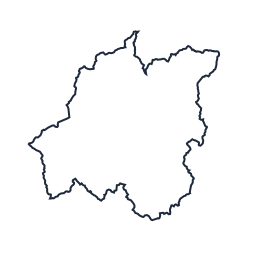 Castrovirreyna, Huancavelica, Peru (orthographic projection), rotated 172°
{"feature_id": "86281439B87306376910485", "entity_name": "Castrovirreyna", "entity_type": "district", "adm_level": 2, "iso_a3": "PER", "parent_name": "Peru", "parent_adm1": "Huancavelica", "projection": "orthographic", "projection_center": [-75.406, -13.15], "detail": "fine", "context": "isolated", "style": "outline", "palette": "slate", "viewbox_px": 256, "rotation_deg": 172, "n_neighbors": 0, "source": "geoboundaries", "source_scale": "gbopen_adm2", "svg_char_len": 5767}
<svg xmlns="http://www.w3.org/2000/svg" viewBox="0 0 256 256"><g transform="rotate(172 128 128)"><path d="M228.5,125.9L227.0,123.7L226.5,123.5L225.3,121.5L224.2,121.0L222.0,118.9L218.6,116.9L216.4,112.7L216.9,111.4L217.5,111.1L218.2,109.9L217.2,107.3L217.6,105.6L217.1,104.2L216.1,103.0L215.9,102.3L216.0,101.5L216.4,100.7L216.2,99.8L217.1,98.8L216.5,96.2L218.4,95.2L218.6,94.3L217.9,92.4L218.5,90.6L217.3,87.2L217.7,86.0L217.8,84.3L216.4,82.0L217.2,80.8L216.7,79.8L216.5,78.6L216.9,77.1L216.8,75.1L215.8,73.4L213.8,73.0L213.6,72.6L214.0,70.9L215.1,69.0L213.8,68.9L212.5,69.1L211.8,68.7L211.3,68.7L209.2,69.9L207.1,70.1L206.4,71.2L205.2,71.9L203.3,72.5L200.6,72.4L198.2,73.9L196.8,73.6L196.3,73.1L194.6,73.2L193.5,74.4L193.4,76.0L192.9,77.1L191.6,78.5L190.1,79.3L189.2,80.2L189.1,81.4L190.2,82.5L190.0,83.7L189.7,84.1L187.2,85.1L186.0,82.8L183.5,79.4L183.3,78.7L181.6,79.6L180.7,77.9L179.3,77.0L178.7,76.9L178.5,75.2L177.2,73.4L176.8,71.7L176.3,71.0L174.9,70.0L174.3,70.7L173.9,70.7L173.4,69.7L173.6,68.7L173.4,68.4L170.8,66.0L169.8,65.5L168.9,64.3L168.3,63.9L167.6,62.0L166.4,61.5L165.6,60.4L164.6,59.8L163.2,60.9L161.4,61.5L161.1,63.0L160.5,64.2L160.7,65.1L159.7,65.1L158.7,66.4L157.9,68.6L157.0,69.4L155.6,69.7L154.2,69.0L153.7,68.6L153.3,67.3L150.8,66.0L150.1,67.8L148.5,67.8L148.1,68.1L147.0,72.9L144.9,72.8L143.9,73.7L143.8,74.1L143.3,74.2L142.2,73.5L138.9,72.2L140.6,70.4L141.0,69.6L140.9,69.1L140.4,67.5L139.0,66.7L138.4,64.0L137.2,62.1L139.4,60.1L139.4,59.9L138.1,59.0L138.2,58.1L137.9,57.5L135.1,56.0L133.1,52.6L132.4,50.6L132.6,48.7L134.8,46.3L133.6,45.3L132.6,42.9L130.1,41.6L129.6,40.7L128.1,39.3L125.8,37.9L125.0,37.8L123.4,39.1L121.3,39.1L119.5,37.7L117.9,34.1L116.8,33.4L112.6,34.1L111.1,34.5L110.3,34.1L109.6,34.3L109.0,35.1L108.3,37.0L108.3,39.1L105.2,39.2L104.5,38.8L104.2,37.9L101.4,38.7L100.9,38.5L99.8,37.0L98.4,36.9L97.9,38.3L97.8,41.4L95.8,45.3L95.0,45.3L93.5,44.0L92.5,45.3L91.7,45.7L90.7,45.4L89.5,44.1L88.5,44.3L88.2,44.6L88.3,45.2L88.1,47.3L87.3,48.2L87.0,49.3L86.0,50.7L82.0,52.8L80.5,53.0L79.9,53.7L78.8,54.2L77.6,54.0L75.6,54.8L75.8,55.4L75.5,56.7L73.5,62.5L71.8,64.4L71.3,65.8L71.2,67.3L70.1,68.4L69.8,69.0L70.4,69.6L70.7,70.5L72.0,72.0L71.9,73.8L72.8,74.8L74.2,75.5L74.4,76.2L74.3,76.6L73.2,77.5L74.2,77.9L74.8,78.8L75.4,80.2L75.2,81.4L76.6,82.3L77.7,84.0L78.1,85.2L77.9,86.1L77.1,87.0L76.2,89.5L76.7,91.0L76.3,91.9L75.9,92.5L74.1,93.5L73.6,95.1L71.8,95.2L71.6,96.1L69.2,97.9L69.1,99.0L69.5,100.3L71.7,103.5L71.8,104.6L69.7,106.0L68.9,105.9L65.9,107.9L64.1,106.6L62.9,106.3L59.8,103.9L59.7,103.3L60.3,101.6L60.1,101.0L58.8,100.4L57.6,101.1L56.0,102.5L55.3,104.9L55.3,105.7L55.7,107.0L55.5,109.0L55.0,109.5L52.9,110.5L53.0,112.2L51.9,113.4L51.7,115.0L49.7,117.8L49.8,118.4L50.8,118.8L51.3,119.4L52.3,123.5L52.7,124.3L52.7,125.2L52.4,126.1L54.4,125.9L55.8,127.1L55.1,129.0L55.6,130.0L54.2,131.9L54.2,132.5L54.6,133.2L53.4,135.2L52.8,137.4L54.7,140.0L55.4,141.6L56.3,142.3L57.0,144.1L56.9,144.4L56.1,144.6L55.1,145.3L53.7,147.3L54.2,149.0L54.2,150.9L53.0,152.2L53.3,153.6L53.2,156.3L53.5,157.3L53.1,158.6L53.4,160.5L52.8,162.7L46.8,168.3L45.1,168.2L44.8,168.8L43.6,169.1L42.0,168.6L41.1,167.9L39.9,168.9L39.6,170.1L39.1,170.5L35.6,172.3L35.0,173.4L33.5,174.0L32.4,176.2L31.6,178.4L31.1,181.3L30.0,183.9L29.7,185.8L29.3,186.3L28.0,186.9L27.5,188.1L27.6,190.1L28.2,191.1L29.3,191.6L32.2,191.9L32.6,192.4L34.0,192.5L35.1,193.2L36.2,193.5L37.5,193.3L38.2,193.9L39.1,194.3L40.1,194.2L40.7,194.4L41.6,194.1L42.3,193.4L42.9,192.4L43.4,192.0L44.5,192.2L45.8,193.4L48.5,194.2L49.8,194.0L50.4,194.9L51.4,195.0L52.1,196.3L52.5,196.5L53.6,196.3L54.1,197.9L55.4,199.8L57.0,200.8L58.6,199.8L58.9,199.1L59.9,198.4L62.0,198.6L62.8,198.4L63.6,197.7L65.6,197.8L66.3,197.6L68.0,196.1L68.4,195.3L69.8,195.0L70.7,193.6L71.4,194.5L73.2,194.5L74.3,195.2L75.2,195.0L75.6,193.0L76.9,191.9L78.1,189.5L79.1,188.3L80.3,188.9L80.9,190.0L82.5,191.5L83.9,191.7L85.6,191.4L89.2,191.5L89.6,192.0L90.9,192.4L92.3,191.8L94.0,192.0L94.3,191.8L94.4,190.9L95.7,188.1L97.3,188.7L97.8,188.6L99.3,187.3L100.5,185.0L102.0,183.7L102.6,182.2L102.5,178.9L103.2,179.6L103.7,181.1L104.2,182.7L104.2,184.0L105.2,185.1L103.4,188.0L105.6,190.1L106.1,192.0L106.6,192.9L106.6,194.2L107.1,194.9L109.1,197.2L110.3,197.6L111.7,199.0L111.6,199.6L110.9,200.3L110.5,201.4L110.5,203.6L110.1,204.1L110.2,204.9L109.8,206.7L110.7,209.5L110.3,210.4L110.7,211.0L110.6,211.9L109.1,212.9L109.1,214.1L107.9,215.4L107.7,216.3L107.1,217.2L107.0,218.1L107.3,219.5L106.3,221.0L105.6,221.0L104.6,222.0L105.9,222.0L107.1,222.6L108.9,222.4L109.8,220.4L113.5,217.0L115.2,217.0L116.5,216.0L118.1,215.4L119.0,214.8L119.3,213.4L119.2,211.5L119.7,210.3L119.3,208.3L120.3,208.4L121.7,207.9L124.0,208.2L125.8,207.7L126.8,207.7L128.1,207.0L129.9,206.5L131.4,204.9L133.0,204.5L134.1,204.4L136.3,205.1L139.1,204.0L140.3,203.9L142.1,206.3L145.0,206.0L146.7,204.9L148.1,204.8L149.7,203.4L150.4,200.8L149.9,199.1L150.2,198.6L151.5,198.0L152.2,195.9L153.8,193.9L153.6,192.0L153.9,191.3L155.6,191.5L157.3,191.4L159.7,192.2L161.6,193.5L162.3,195.0L162.8,195.2L163.3,195.0L164.0,194.3L166.1,193.4L166.8,193.5L167.5,193.2L168.7,191.2L168.6,190.7L168.0,190.0L168.1,189.5L169.7,187.4L170.2,185.8L171.4,185.1L172.4,185.0L172.5,184.2L172.2,183.4L172.8,181.6L174.2,179.8L175.3,177.1L175.3,176.6L174.0,175.3L173.9,174.6L175.1,171.2L175.6,168.8L177.9,167.1L180.3,164.2L180.9,163.1L183.0,162.1L183.0,160.9L185.6,159.3L184.8,157.8L184.3,155.6L184.6,146.7L186.6,145.9L196.4,143.3L197.1,141.3L197.1,139.7L197.8,138.9L198.6,138.9L199.8,139.4L200.8,140.8L202.5,141.0L206.8,139.6L210.9,137.5L211.8,138.0L212.4,137.5L213.2,137.5L213.7,137.2L214.2,135.3L215.7,133.0L216.4,132.5L218.5,131.2L220.4,131.6L221.2,131.1L222.8,129.5L223.3,128.3L224.7,127.0L226.5,126.5L227.8,126.6L228.5,125.9Z" fill="none" stroke="#1e293b" stroke-width="2"/></g></svg>